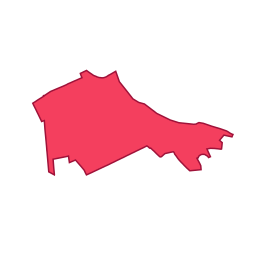 Ghindaresti, Constanta, Romania (Mercator projection), rotated 153°
{"feature_id": "2599482B65065460185800", "entity_name": "Ghindaresti", "entity_type": "district", "adm_level": 2, "iso_a3": "ROU", "parent_name": "Romania", "parent_adm1": "Constanta", "projection": "mercator", "projection_center": [28.04, 44.634], "detail": "fine", "context": "isolated", "style": "filled", "palette": "rose", "viewbox_px": 256, "rotation_deg": 153, "n_neighbors": 0, "source": "geoboundaries", "source_scale": "gbopen_adm2", "svg_char_len": 3254}
<svg xmlns="http://www.w3.org/2000/svg" viewBox="0 0 256 256"><g transform="rotate(153 128 128)"><path d="M113.2,184.1L121.4,183.7L121.4,183.8L121.7,183.8L122.0,183.7L122.6,183.6L123.0,183.6L123.4,183.5L124.6,183.5L126.0,183.7L127.3,184.0L128.4,184.5L129.3,185.1L130.0,185.6L130.6,185.9L131.7,186.9L132.5,187.7L132.8,188.2L133.4,188.9L134.0,189.5L134.3,189.9L134.7,190.3L136.5,193.6L137.6,195.6L138.3,197.0L138.8,198.1L142.1,198.2L143.7,198.2L145.7,198.3L145.9,197.1L146.2,193.7L154.3,194.2L160.0,194.5L161.1,194.6L162.2,194.6L162.8,194.5L166.7,194.7L166.8,194.7L169.4,194.9L171.9,195.1L178.9,195.6L180.3,195.7L180.7,195.7L181.3,195.6L181.2,195.6L184.0,195.3L187.1,194.9L187.5,194.9L187.9,195.0L188.0,195.1L188.5,195.2L188.5,194.6L190.5,194.4L192.7,194.2L195.2,194.0L197.7,193.7L198.2,193.6L201.6,193.3L201.6,192.7L201.7,191.4L201.7,189.9L201.7,188.0L201.7,186.3L201.8,182.7L201.8,181.2L201.9,176.8L202.0,173.0L201.7,173.0L199.2,172.6L199.5,171.9L202.8,164.0L205.8,156.4L208.8,148.9L210.7,144.3L210.7,144.2L218.5,124.9L214.9,119.7L214.7,120.0L212.5,125.6L210.2,131.1L208.9,134.2L202.9,132.5L196.9,130.8L193.8,130.0L195.9,123.8L189.3,123.3L187.8,117.2L187.2,114.9L186.2,110.4L186.2,109.6L186.3,107.7L186.3,106.4L186.3,105.7L186.3,105.1L184.5,105.0L180.1,104.8L179.8,104.8L179.6,104.8L175.9,104.7L173.3,104.6L172.2,104.6L170.3,104.5L168.3,104.5L167.9,104.4L165.8,104.4L164.4,104.3L161.9,104.2L160.3,104.2L158.8,104.2L155.7,104.1L152.6,104.1L149.5,104.0L149.4,104.0L147.8,104.0L145.6,103.9L143.4,103.9L142.1,103.9L141.1,103.9L138.8,103.8L136.7,103.8L136.2,103.8L133.6,103.7L130.9,103.7L128.3,103.6L128.2,103.6L126.1,103.6L123.9,103.5L123.5,103.5L122.0,103.5L120.1,103.5L119.6,103.5L119.4,103.5L119.4,103.4L118.9,102.7L118.6,102.2L118.4,101.8L118.3,101.4L118.2,101.0L118.0,100.6L117.8,100.4L117.7,100.1L117.5,99.9L117.4,99.8L117.1,99.8L116.9,99.8L116.8,99.6L116.1,97.5L115.3,95.5L114.3,92.3L113.2,89.2L113.0,88.7L112.9,88.3L112.6,87.8L112.2,87.5L111.7,87.3L111.0,87.3L110.6,87.4L108.8,87.9L106.9,88.4L106.1,88.3L103.4,87.6L100.6,86.9L99.7,86.6L98.7,86.4L98.4,86.2L98.3,85.9L98.1,85.6L98.1,85.1L98.1,84.5L98.2,83.9L98.2,83.7L98.2,83.4L98.2,83.1L98.1,82.8L98.0,82.3L97.9,81.8L97.8,81.2L97.6,79.8L97.4,78.3L97.0,76.3L96.7,75.2L96.3,73.7L95.5,71.3L94.8,68.8L94.3,67.4L93.9,66.0L93.1,63.9L92.4,61.9L92.0,61.7L86.9,59.7L81.8,57.7L80.3,61.3L80.2,62.9L80.2,64.3L80.2,65.7L80.3,68.1L80.3,69.0L80.3,69.8L79.9,69.8L79.6,69.8L79.5,69.5L79.2,69.5L78.8,69.8L78.5,70.1L78.1,70.4L77.8,70.6L77.4,70.8L77.0,71.0L76.4,71.0L75.9,71.1L75.4,71.1L74.9,71.1L74.5,71.0L74.1,70.9L73.6,70.7L73.0,70.5L72.4,70.0L71.6,69.6L71.0,68.5L70.6,67.9L70.3,67.4L69.9,66.8L69.7,65.6L69.6,65.1L69.4,65.1L67.6,65.0L67.4,69.3L67.3,71.4L67.2,73.5L63.8,72.5L62.7,71.9L61.1,71.0L60.2,70.5L59.3,69.9L57.4,68.7L55.5,67.4L54.4,66.8L54.2,66.8L52.4,69.5L50.7,72.2L51.1,73.1L52.0,75.5L45.8,78.1L41.0,74.2L39.4,72.9L37.4,74.6L38.0,75.2L38.5,75.8L39.8,77.7L40.2,78.6L41.5,80.6L45.9,85.2L52.5,91.5L58.8,98.0L62.3,100.6L64.0,100.7L65.6,100.6L67.8,101.5L72.7,104.7L80.3,109.6L86.7,115.9L93.1,124.4L95.8,128.0L96.7,130.0L98.7,134.1L99.1,135.0L102.5,142.0L103.4,142.8L106.8,145.9L110.4,151.7L112.1,160.4L114.4,171.7L114.7,173.1L114.1,177.5L113.2,184.1Z" fill="#f43f5e" stroke="#9f1239" stroke-width="1.5"/></g></svg>